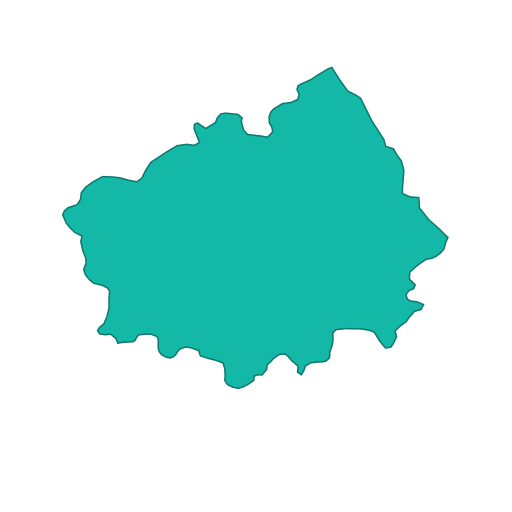 the district of Svislach, Grodno, Belarus, rotated 149°
{"feature_id": "67162791B1668576645583", "entity_name": "Svislach", "entity_type": "district", "adm_level": 2, "iso_a3": "BLR", "parent_name": "Belarus", "parent_adm1": "Grodno", "projection": "mercator", "projection_center": [24.286, 52.932], "detail": "fine", "context": "isolated", "style": "filled", "palette": "teal", "viewbox_px": 512, "rotation_deg": 149, "n_neighbors": 0, "source": "geoboundaries", "source_scale": "gbopen_adm2", "svg_char_len": 2677}
<svg xmlns="http://www.w3.org/2000/svg" viewBox="0 0 512 512"><g transform="rotate(149 256 256)"><path d="M419.4,252.5L415.8,251.1L409.9,248.2L405.7,245.9L403.4,245.8L400.0,247.9L397.1,248.8L391.8,246.4L386.5,243.3L382.6,238.5L382.3,236.2L383.7,233.2L386.6,228.6L387.7,226.1L388.2,223.5L387.7,219.8L385.2,215.6L382.1,212.8L378.9,212.2L375.8,212.7L372.9,214.3L369.3,215.4L363.2,214.3L358.8,210.6L353.9,204.5L355.1,199.0L349.5,192.7L344.0,187.1L339.3,181.2L340.9,175.3L344.0,169.4L346.8,165.5L346.8,160.7L343.6,155.6L339.3,151.7L335.0,150.5L328.6,150.1L321.9,150.5L319.6,154.0L315.6,153.2L312.1,150.9L305.4,153.2L302.2,157.2L298.7,157.6L293.6,159.2L286.5,159.6L281.3,156.8L280.2,153.6L279.4,148.1L276.6,139.8L280.2,135.1L278.2,130.8L273.5,133.5L270.3,136.3L268.3,136.3L264.0,136.3L258.9,133.9L253.0,130.8L249.8,130.0L245.5,130.8L242.3,135.5L236.8,140.2L233.6,143.8L229.7,150.5L225.4,151.7L216.7,147.7L210.0,143.4L204.1,139.8L197.0,133.9L193.8,129.6L193.8,124.9L193.8,119.7L193.0,113.8L192.3,110.3L189.1,109.2L187.1,108.5L183.4,110.2L177.0,114.5L175.5,120.1L168.2,121.8L161.4,122.3L156.6,124.4L148.8,126.9L142.0,125.1L137.4,128.1L141.5,133.7L146.5,137.7L148.5,140.8L147.5,145.6L142.5,147.6L137.7,146.8L134.4,149.3L135.7,154.1L136.4,157.4L132.4,163.0L124.6,164.5L118.3,165.2L111.7,165.5L106.4,163.5L101.9,163.0L96.6,163.5L91.3,165.2L86.5,169.8L81.8,173.2L82.4,174.5L85.1,185.1L89.1,197.7L91.1,213.0L86.4,222.2L93.7,227.5L98.3,234.2L95.0,239.5L91.1,244.8L85.1,253.4L82.4,262.7L83.1,269.3L83.1,277.3L88.4,283.2L86.4,289.9L87.1,311.8L85.1,337.3L87.3,342.0L92.4,350.1L93.6,364.1L93.9,378.6L98.3,379.3L110.2,379.3L118.2,378.9L128.4,380.2L132.2,380.2L135.2,377.6L135.6,372.6L139.5,368.7L147.1,369.6L154.7,373.0L164.9,373.0L169.2,371.7L173.0,368.7L176.0,363.2L176.0,358.5L177.7,353.9L184.9,351.8L189.1,355.6L192.9,358.5L200.6,364.5L201.8,370.4L199.3,378.9L196.8,381.5L198.5,386.6L204.0,390.8L208.6,394.2L212.9,395.9L217.6,394.6L222.2,391.2L228.6,391.2L233.3,391.2L235.8,395.9L237.5,400.1L240.9,400.6L243.4,397.2L243.9,394.6L245.1,387.8L246.0,382.3L251.9,382.7L257.9,387.4L266.8,391.2L276.1,391.2L279.9,391.2L298.2,390.4L306.7,386.1L313.9,381.5L319.8,381.0L324.9,385.3L332.6,393.3L337.7,397.2L346.6,403.1L357.6,403.5L366.9,402.7L373.3,400.1L377.1,395.0L383.1,392.1L392.0,394.2L397.1,393.3L400.5,390.8L401.7,381.9L400.9,375.9L399.2,369.6L394.9,362.8L398.8,358.5L401.7,349.6L403.0,342.0L405.1,337.7L410.7,333.1L411.9,327.1L410.7,320.3L409.0,316.1L402.6,309.7L399.6,304.6L399.6,301.3L403.9,295.3L409.0,286.8L414.9,280.9L421.3,276.2L426.8,275.4L430.2,273.7L430.2,269.8L425.5,266.0L420.8,263.9L418.7,257.5L419.1,252.9L419.4,252.5Z" fill="#14b8a6" stroke="#0f766e" stroke-width="1.5"/></g></svg>